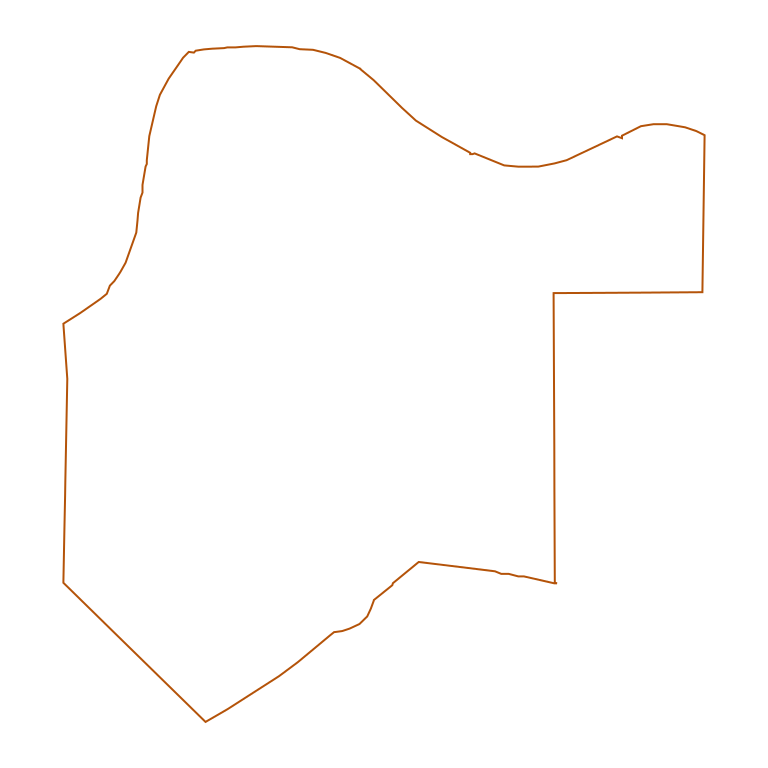 outline of Jarra West, Lower River, Gambia
{"feature_id": "56634734B83949040016571", "entity_name": "Jarra West", "entity_type": "district", "adm_level": 2, "iso_a3": "GMB", "parent_name": "Gambia", "parent_adm1": "Lower River", "projection": "mercator", "projection_center": [-15.534, 13.437], "detail": "fine", "context": "isolated", "style": "outline", "palette": "amber", "viewbox_px": 768, "rotation_deg": 0, "n_neighbors": 0, "source": "geoboundaries", "source_scale": "gbopen_adm2", "svg_char_len": 1532}
<svg xmlns="http://www.w3.org/2000/svg" viewBox="0 0 768 768"><path d="M704.6,135.2L696.4,131.1L685.1,127.3L678.1,126.1L666.8,124.2L653.5,124.2L640.9,126.2L622.0,135.7L622.0,138.2L617.0,136.4L566.6,160.2L554.6,163.4L538.3,166.6L518.7,166.7L504.2,165.4L474.6,153.4L472.7,154.1L470.2,154.1L470.2,152.8L441.8,137.0L415.9,120.6L402.0,107.9L373.6,80.1L360.3,69.1L360.3,68.7L359.0,68.1L340.1,57.9L325.6,52.9L313.0,49.8L299.7,49.2L292.2,47.3L256.2,46.1L243.6,46.7L235.4,47.4L227.3,47.4L224.1,48.1L212.1,48.7L203.9,49.4L195.7,50.7L193.9,52.6L188.8,51.9L183.7,57.1L183.1,57.7L178.8,64.0L168.7,78.6L159.9,94.8L156.2,106.3L149.3,136.1L146.8,160.2L146.8,164.0L145.6,166.5L142.5,184.9L142.5,192.6L140.6,197.6L139.3,205.6L138.1,212.9L137.5,220.5L136.3,232.5L136.0,233.4L125.6,262.7L120.6,271.6L119.1,274.0L114.3,281.1L109.9,285.6L106.8,293.8L105.2,295.1L100.5,298.9L80.4,312.9L63.4,323.7L63.5,325.3L63.5,325.6L67.3,378.9L65.3,482.8L65.1,496.0L64.7,515.2L64.4,529.7L63.4,581.7L63.4,582.8L122.0,640.2L205.5,721.9L207.1,721.0L227.5,709.2L279.1,676.1L288.5,669.1L297.9,662.1L330.0,635.4L334.1,632.1L335.4,632.0L341.9,631.1L342.7,630.9L349.6,628.6L359.5,624.0L365.3,618.3L367.2,616.5L371.0,608.3L371.0,608.2L373.7,600.9L373.9,600.0L392.3,585.2L392.9,583.2L418.7,562.0L428.7,563.2L495.0,571.3L501.3,573.9L508.8,573.9L518.3,576.4L523.9,576.4L554.2,583.3L557.0,583.3L554.8,582.6L554.4,489.3L554.3,444.9L553.9,360.2L553.9,359.4L553.6,294.8L553.6,293.1L611.7,292.8L646.5,292.6L702.4,292.2L704.6,135.2Z" fill="none" stroke="#b45309" stroke-width="2"/></svg>